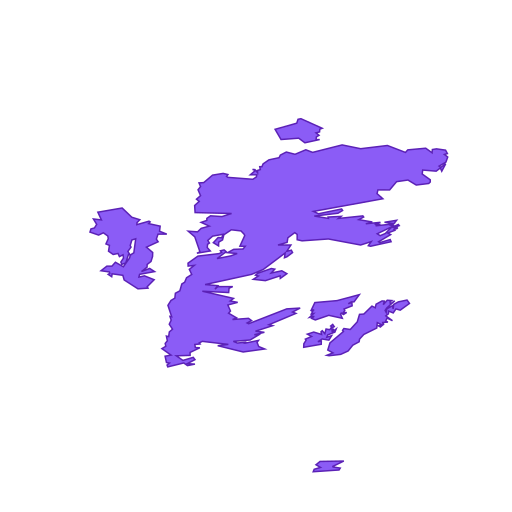 the district of Dønna nor, Nordland, Norway, rotated 204°
{"feature_id": "86288312B44883610080028", "entity_name": "Dønna nor", "entity_type": "district", "adm_level": 2, "iso_a3": "NOR", "parent_name": "Norway", "parent_adm1": "Nordland", "projection": "albers", "projection_center": [12.485, 66.133], "detail": "fine", "context": "isolated", "style": "filled", "palette": "violet", "viewbox_px": 512, "rotation_deg": 204, "n_neighbors": 0, "source": "geoboundaries", "source_scale": "gbopen_adm2", "svg_char_len": 6163}
<svg xmlns="http://www.w3.org/2000/svg" viewBox="0 0 512 512"><g transform="rotate(204 256 256)"><path d="M291.5,118.8L278.5,128.9L274.0,128.0L267.8,132.4L275.0,129.7L269.6,136.5L272.1,137.9L280.3,130.9L288.2,132.4L275.8,138.4L277.0,141.1L270.0,149.3L274.2,147.7L275.9,150.3L271.3,152.9L272.5,153.6L270.3,156.2L245.3,164.0L254.5,158.5L228.7,163.1L210.2,174.6L216.7,174.4L219.9,177.5L219.4,179.9L230.7,171.8L232.0,171.6L229.7,173.5L237.6,168.9L242.0,168.8L227.2,176.9L221.5,185.0L225.5,183.4L217.3,189.7L225.9,187.1L212.5,199.1L216.2,198.5L196.2,219.8L199.8,219.7L194.5,226.4L206.4,220.2L235.2,191.1L236.9,191.2L233.8,195.2L237.5,196.0L251.6,188.4L248.7,191.6L257.8,192.6L256.9,195.3L261.8,199.8L253.9,206.2L261.3,204.4L259.3,208.1L290.7,202.0L266.1,211.5L267.5,215.6L264.8,218.6L278.4,212.5L280.0,209.0L278.8,213.4L290.9,209.2L252.6,237.4L243.8,246.8L230.6,270.6L229.3,266.0L227.4,267.9L224.0,274.0L226.1,275.7L229.8,272.8L228.6,280.2L240.4,275.0L233.1,281.1L234.3,285.6L230.1,293.1L227.2,292.5L225.0,287.6L220.1,288.6L196.8,301.0L164.9,308.6L156.6,316.0L157.6,311.1L155.3,311.5L138.4,324.0L140.1,325.6L148.3,318.6L149.8,318.9L141.7,330.3L145.0,330.6L139.6,335.9L140.7,336.4L138.4,338.4L138.0,339.7L139.1,338.2L141.7,338.0L137.5,342.0L138.8,342.7L144.1,336.9L147.0,329.2L150.8,325.1L154.3,325.6L142.5,339.6L145.1,339.0L143.3,341.1L142.1,345.8L152.3,339.1L143.9,341.4L144.7,340.5L159.0,332.2L156.9,334.7L160.6,333.3L156.0,337.4L168.8,330.1L163.6,334.4L176.9,331.0L173.5,335.4L174.7,336.1L196.0,323.8L194.4,326.8L206.0,320.9L205.1,319.8L219.0,316.2L198.5,328.4L195.4,332.8L196.9,333.8L216.1,320.0L221.7,320.1L163.4,359.9L170.8,362.2L171.5,366.0L160.8,370.7L157.8,381.1L148.1,387.2L138.5,386.0L127.7,392.5L126.9,394.5L127.8,396.5L137.5,398.5L138.7,402.3L125.9,406.8L123.4,411.4L120.8,409.0L120.2,417.4L123.2,412.2L125.3,412.6L120.7,419.0L121.1,424.4L125.2,425.4L122.8,427.4L125.9,429.8L134.7,427.3L138.2,425.0L137.1,421.9L144.8,423.5L160.5,414.7L161.6,411.4L180.9,410.4L204.0,396.6L222.5,392.5L246.4,373.7L253.7,373.3L261.7,364.8L270.6,363.3L274.8,358.1L274.9,355.2L283.3,349.1L287.0,343.0L286.9,340.0L288.9,339.1L287.2,336.7L289.4,334.8L288.4,332.7L292.1,334.5L294.4,333.7L291.3,333.9L294.2,327.9L288.3,330.5L287.8,328.4L290.1,324.8L313.7,316.4L315.3,316.7L314.8,319.0L319.6,318.1L328.6,312.2L333.6,301.8L337.8,299.6L334.9,296.9L335.9,292.9L331.2,288.6L333.5,283.7L330.1,282.8L332.6,277.2L329.3,270.9L295.6,284.9L303.1,278.2L313.9,274.2L316.2,270.4L315.4,268.5L319.8,264.4L310.8,264.3L317.3,259.0L319.2,254.3L328.0,251.1L319.7,248.6L308.9,237.0L311.1,234.5L299.8,242.0L304.0,243.9L305.0,247.0L303.8,248.9L306.4,250.6L303.7,256.5L295.0,262.4L294.7,258.7L298.1,257.5L300.4,250.8L294.3,250.0L295.7,253.5L293.1,257.1L294.0,262.3L289.2,269.9L279.9,272.8L275.6,271.0L274.6,270.1L274.7,258.4L269.8,260.5L270.7,257.1L279.1,253.0L283.3,247.5L274.2,250.6L279.0,245.9L290.5,237.8L285.0,247.8L287.6,248.6L290.6,246.3L288.8,245.3L290.8,243.1L309.0,232.3L315.2,221.8L313.9,219.2L308.6,222.3L311.5,216.7L307.2,213.0L310.6,207.9L310.5,203.0L312.4,200.3L311.4,193.2L314.5,189.2L313.0,184.5L315.6,180.8L316.4,175.1L308.3,166.2L310.0,165.8L307.4,162.9L307.5,158.4L302.5,155.2L304.3,151.4L303.0,146.8L305.3,146.4L302.5,142.5L303.4,139.2L301.7,136.8L304.3,133.1L293.3,130.9L298.3,127.5L294.5,122.3L291.5,123.0L292.9,120.2L291.5,118.8ZM350.5,178.0L341.6,182.7L342.9,183.7L339.4,192.9L349.8,192.5L354.4,189.1L354.9,191.9L342.3,200.5L348.1,201.4L354.3,195.2L351.0,201.5L352.0,204.0L349.7,208.3L350.3,213.5L351.8,217.2L359.7,219.5L351.2,229.2L353.9,230.9L354.4,236.1L346.4,239.7L354.2,239.4L355.7,244.3L367.3,241.9L366.6,244.1L367.9,244.3L377.6,236.2L378.3,238.1L376.9,241.9L385.2,240.9L397.8,245.4L418.3,231.7L411.9,226.1L419.6,223.7L414.4,220.1L415.0,215.9L417.8,213.6L417.4,210.3L408.3,211.1L404.9,215.1L399.5,214.0L398.0,211.7L398.0,206.0L394.2,206.1L392.7,200.4L387.1,199.3L383.1,202.2L380.5,199.9L378.0,203.0L376.2,200.2L377.0,195.5L375.2,193.8L372.2,196.7L373.1,205.4L371.6,205.8L374.9,208.1L373.8,213.3L375.2,214.4L375.9,220.2L372.9,222.8L368.9,209.2L371.2,205.9L370.7,202.7L372.8,192.2L381.9,193.1L383.5,188.1L388.1,186.1L391.6,179.5L383.4,181.8L382.5,180.6L383.6,179.1L379.4,178.4L380.2,181.2L369.8,184.2L366.7,180.5L350.5,178.0ZM146.3,198.8L150.9,194.1L148.7,194.6L138.6,200.6L133.2,206.7L131.3,213.9L126.9,219.6L127.6,222.2L125.6,228.2L116.4,239.3L118.1,244.5L112.9,244.3L115.9,242.0L113.5,241.7L111.4,246.2L112.2,245.5L113.2,246.8L108.6,249.3L111.1,249.3L111.0,252.6L105.0,252.4L113.1,254.1L111.5,257.0L112.4,259.6L107.5,259.8L106.6,264.6L102.2,265.2L96.5,275.1L100.1,277.2L107.3,272.0L110.5,267.8L109.2,263.4L111.1,266.1L115.0,260.9L114.1,257.4L115.9,258.8L115.4,261.7L111.0,271.5L113.8,266.9L114.9,268.7L113.9,270.5L118.1,269.0L119.9,263.3L120.4,267.0L122.6,266.2L126.7,260.8L126.0,257.2L129.7,257.4L133.9,246.8L137.7,244.8L136.7,237.0L140.0,227.2L146.2,225.5L146.7,223.3L145.4,222.6L153.1,206.7L152.2,199.3L146.3,198.8ZM290.1,379.5L280.5,372.6L264.9,381.0L257.4,379.3L245.2,388.3L248.4,386.7L249.3,389.3L247.5,391.9L251.3,392.9L248.4,395.2L249.3,397.8L247.5,399.6L270.8,399.7L273.2,398.0L272.8,393.9L290.1,379.5ZM179.8,221.6L175.8,221.7L165.4,231.4L151.8,234.2L155.1,237.2L154.9,238.5L152.3,238.1L150.2,241.3L153.4,239.5L152.7,242.3L154.0,243.4L147.9,249.6L149.5,252.5L152.3,249.9L150.3,252.8L147.8,254.0L145.9,262.7L163.8,248.2L183.3,237.4L183.5,229.2L180.9,230.4L183.1,228.5L181.6,228.2L181.9,225.6L180.0,226.8L182.1,221.8L178.3,224.6L179.8,221.6ZM175.3,192.0L160.5,201.9L161.7,204.8L164.6,202.9L161.8,207.1L155.2,208.8L154.5,214.0L158.3,210.5L158.4,213.1L153.0,218.5L153.1,221.9L155.6,217.3L155.5,221.1L156.4,219.2L157.6,221.0L155.8,223.3L158.1,224.7L159.3,222.4L158.0,222.1L158.6,218.7L162.3,217.8L161.5,213.0L165.1,214.7L165.8,213.2L164.2,211.0L172.3,210.0L177.3,205.5L172.5,205.1L177.1,200.1L176.0,199.4L176.6,195.3L175.3,192.0ZM116.0,82.2L93.1,94.3L92.8,96.5L99.8,94.6L100.2,95.1L92.4,104.4L113.9,94.4L116.3,89.7L111.1,89.1L116.1,84.8L116.0,82.2ZM249.0,233.6L237.4,237.3L225.9,247.7L224.7,245.4L220.6,252.4L226.4,253.0L235.2,246.6L233.5,251.6L236.9,250.8L247.4,240.9L248.7,238.3L245.7,238.7L249.0,233.6Z" fill="#8b5cf6" stroke="#5b21b6" stroke-width="1.5"/></g></svg>